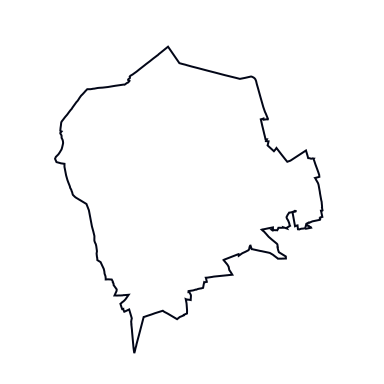 outline of Apaseo el Alto, Guanajuato, Mexico, rotated 169°
{"feature_id": "50627088B77789788594664", "entity_name": "Apaseo el Alto", "entity_type": "district", "adm_level": 2, "iso_a3": "MEX", "parent_name": "Mexico", "parent_adm1": "Guanajuato", "projection": "orthographic", "projection_center": [-100.583, 20.433], "detail": "fine", "context": "isolated", "style": "outline", "palette": "ink", "viewbox_px": 384, "rotation_deg": 169, "n_neighbors": 0, "source": "geoboundaries", "source_scale": "gbopen_adm2", "svg_char_len": 5875}
<svg xmlns="http://www.w3.org/2000/svg" viewBox="0 0 384 384"><g transform="rotate(169 192 192)"><path d="M69.7,202.5L70.4,202.8L71.5,203.1L71.7,205.8L72.2,211.0L84.5,206.0L89.4,204.0L92.7,203.5L93.9,205.7L97.0,211.7L100.1,217.9L100.7,219.1L101.3,218.5L101.8,218.0L103.8,216.4L108.9,223.3L108.1,225.0L107.2,227.1L109.6,227.8L109.0,228.8L108.5,229.4L109.8,229.6L109.8,230.4L109.9,233.5L110.0,234.9L110.1,237.8L110.4,244.0L110.5,247.5L110.6,250.2L108.9,250.3L108.4,250.4L107.8,250.5L107.9,249.3L104.7,249.1L103.8,248.8L103.5,249.2L104.6,254.9L105.1,256.8L105.4,259.0L105.8,261.7L106.1,265.3L106.7,272.2L107.3,279.9L107.4,281.2L107.7,284.5L107.8,285.7L107.9,288.1L107.9,288.6L108.2,290.1L108.4,290.8L108.9,291.7L109.7,292.6L111.0,293.6L111.5,293.9L112.1,294.1L118.2,293.9L123.4,293.9L127.2,295.7L133.9,298.8L137.6,300.5L146.3,304.7L148.2,305.6L153.7,308.2L157.0,309.8L162.8,312.6L168.3,315.2L170.9,316.5L173.1,317.6L173.8,318.0L174.2,318.2L177.2,319.6L179.8,320.9L187.8,339.2L198.2,333.7L199.9,332.6L200.5,332.5L201.5,331.9L203.4,331.0L205.0,330.2L208.6,328.3L212.9,326.2L214.2,325.5L220.1,322.5L223.5,320.7L226.8,319.2L227.6,318.8L229.8,318.0L230.0,318.0L230.5,317.7L231.1,317.2L231.0,316.7L231.2,315.8L231.5,315.4L232.1,315.3L233.0,314.8L233.3,314.4L233.3,313.9L233.0,313.5L232.2,313.0L232.4,312.7L232.9,312.4L233.8,311.7L234.8,311.5L236.2,310.9L237.7,310.2L238.2,310.4L238.9,310.5L245.2,310.8L246.9,310.9L250.6,311.0L254.5,311.1L259.7,311.5L263.5,312.0L264.8,312.1L267.1,312.1L267.8,312.1L268.6,312.1L269.4,312.3L269.9,312.2L272.1,312.3L273.2,312.5L275.2,312.9L277.8,311.1L278.1,310.8L280.8,308.8L282.5,307.7L284.5,305.8L285.6,304.6L286.6,303.6L287.4,302.9L288.2,302.4L293.1,297.8L294.5,296.3L295.3,295.8L296.1,295.1L296.9,294.4L298.0,293.4L299.7,291.8L302.0,290.0L302.1,289.9L302.6,289.5L304.6,287.7L306.0,286.5L306.7,285.8L307.2,284.9L308.0,282.3L308.8,280.0L309.6,277.2L309.4,276.8L308.5,276.3L310.1,275.0L309.9,274.0L309.3,272.5L309.5,270.7L309.7,270.1L309.1,268.0L309.0,266.5L309.1,265.5L309.1,265.2L309.2,264.6L309.9,262.9L310.9,260.7L311.4,259.7L312.0,258.6L312.6,258.0L314.2,256.2L315.9,254.5L319.0,252.4L320.1,250.7L319.3,247.2L319.1,247.1L316.2,245.7L315.3,245.2L311.8,244.0L312.4,241.0L312.4,232.3L312.0,227.5L311.6,225.0L311.2,222.9L310.8,220.7L310.8,219.4L310.1,217.3L310.0,216.0L309.7,214.7L309.6,212.7L309.4,211.8L308.9,211.1L307.9,209.6L306.8,208.4L297.9,200.4L296.7,193.7L296.8,177.3L296.4,172.0L296.2,167.4L297.0,163.5L297.1,162.7L296.9,161.0L296.4,159.2L296.3,157.3L296.6,152.0L297.4,149.8L297.7,146.2L297.6,145.8L297.9,143.2L295.1,140.6L294.2,136.9L293.3,133.4L293.2,130.9L293.4,128.5L293.0,125.8L293.2,123.6L293.4,122.6L292.1,122.4L291.5,122.4L287.5,121.4L286.8,119.1L286.8,118.5L286.7,117.9L286.8,117.9L286.5,116.9L286.6,116.1L286.7,115.6L284.5,110.8L284.9,109.3L287.8,105.2L284.9,104.6L283.1,104.3L280.2,103.8L278.9,103.8L277.6,103.6L273.8,103.2L276.6,100.5L277.5,99.6L278.8,98.6L280.2,97.7L281.4,97.2L282.6,96.4L283.6,95.9L283.2,92.4L282.9,90.4L281.8,90.4L281.9,89.9L281.3,87.4L280.3,87.6L276.1,88.7L275.2,79.5L275.9,77.9L276.4,76.3L276.5,76.2L276.5,75.9L276.6,74.5L276.7,73.7L276.8,73.7L276.9,72.9L276.9,72.4L277.3,67.7L277.4,67.2L279.1,50.6L279.3,47.5L279.4,44.8L278.2,47.2L278.2,47.3L277.0,50.0L276.2,51.5L275.5,53.2L272.0,60.4L271.5,61.4L263.3,78.5L262.8,78.5L259.3,79.0L255.2,79.5L251.4,80.1L243.3,81.0L242.6,80.2L241.9,79.5L240.1,78.1L239.0,77.2L236.4,74.9L230.9,70.0L227.9,71.6L223.5,72.5L223.5,73.0L220.1,73.7L219.6,75.9L219.4,77.0L218.8,82.0L218.7,82.8L218.6,84.1L218.6,88.1L217.3,87.2L216.9,87.3L216.7,87.2L216.1,87.0L214.6,86.5L213.9,86.2L212.9,90.1L212.8,90.7L212.8,91.2L213.7,94.1L214.6,94.3L214.3,95.4L214.1,95.4L212.0,95.3L210.2,95.2L209.3,95.2L207.1,95.5L206.7,95.3L204.4,95.7L201.9,95.7L201.7,95.6L199.4,95.8L198.2,98.9L197.2,101.2L196.8,100.9L194.6,101.0L194.7,103.9L194.7,104.4L194.8,105.2L193.2,105.0L188.6,104.8L186.8,104.8L171.6,103.4L168.2,103.1L169.6,106.8L170.2,108.0L170.3,109.2L170.3,111.6L170.9,113.4L171.3,114.3L174.0,119.2L173.5,119.4L162.4,121.4L159.7,121.9L158.2,122.1L158.3,120.5L154.3,122.3L151.0,123.1L147.6,124.1L146.9,125.0L146.2,126.0L146.2,126.7L145.2,128.2L144.8,128.2L144.3,124.5L143.8,124.4L142.0,123.6L141.5,123.4L136.0,121.0L135.1,120.7L133.0,119.8L128.5,117.9L127.2,117.3L124.7,115.1L124.0,114.4L123.9,114.2L120.5,110.4L120.4,110.2L116.3,109.4L112.5,108.8L112.2,110.8L118.2,116.3L118.5,118.3L118.6,121.5L118.3,121.5L118.2,124.3L118.6,125.1L122.8,130.2L125.3,133.4L127.8,137.7L127.9,137.8L128.7,139.2L130.0,140.7L130.7,141.7L129.3,141.8L129.0,141.7L124.0,141.8L119.3,141.8L119.7,139.8L121.0,139.7L120.2,138.8L119.6,138.8L119.4,139.1L117.0,138.5L115.8,138.3L115.6,138.2L115.1,138.9L114.6,139.3L114.0,140.4L112.9,140.2L112.6,140.1L111.7,139.9L111.0,139.8L109.7,139.6L108.6,139.4L108.7,139.7L105.7,138.0L105.8,138.3L105.8,138.8L102.2,140.1L102.5,141.1L102.5,142.2L102.6,143.3L102.9,144.8L103.2,146.1L103.9,147.8L104.0,149.3L102.3,151.5L100.8,152.9L100.6,153.2L98.8,153.1L97.5,153.2L95.9,153.4L94.6,153.9L93.8,153.5L93.9,153.2L94.0,153.1L97.2,153.0L97.4,138.7L95.3,139.1L94.8,139.1L95.1,135.2L93.8,134.8L93.6,134.9L91.7,135.1L89.9,134.9L87.4,134.8L87.2,134.2L81.9,134.2L82.1,134.8L83.5,135.7L83.5,135.9L83.9,136.5L84.1,136.4L84.5,136.6L85.2,137.5L85.6,137.3L85.8,137.1L86.8,136.9L85.8,139.0L83.1,139.8L82.9,139.4L82.4,139.5L79.5,140.2L71.7,140.3L71.4,140.7L71.6,141.3L71.5,141.5L71.5,142.0L70.6,142.3L70.6,142.6L68.8,142.7L68.9,147.8L69.0,148.9L69.0,149.0L67.8,148.8L67.4,149.0L67.4,150.4L67.4,152.1L67.2,152.3L67.0,153.9L66.8,156.0L66.6,157.6L66.7,159.1L66.6,166.8L66.5,167.2L66.4,174.8L66.6,176.6L67.9,180.4L68.3,181.9L68.5,182.3L65.0,182.5L64.1,182.6L63.9,184.6L64.2,187.0L64.8,190.8L65.6,195.7L66.0,198.9L66.3,200.8L66.3,201.2L66.0,201.5L66.4,201.6L66.6,201.7L66.8,201.9L67.3,202.0L67.9,201.9L68.0,201.9L68.4,201.9L68.8,202.0L69.1,202.1L69.7,202.5Z" fill="none" stroke="#020617" stroke-width="2"/></g></svg>